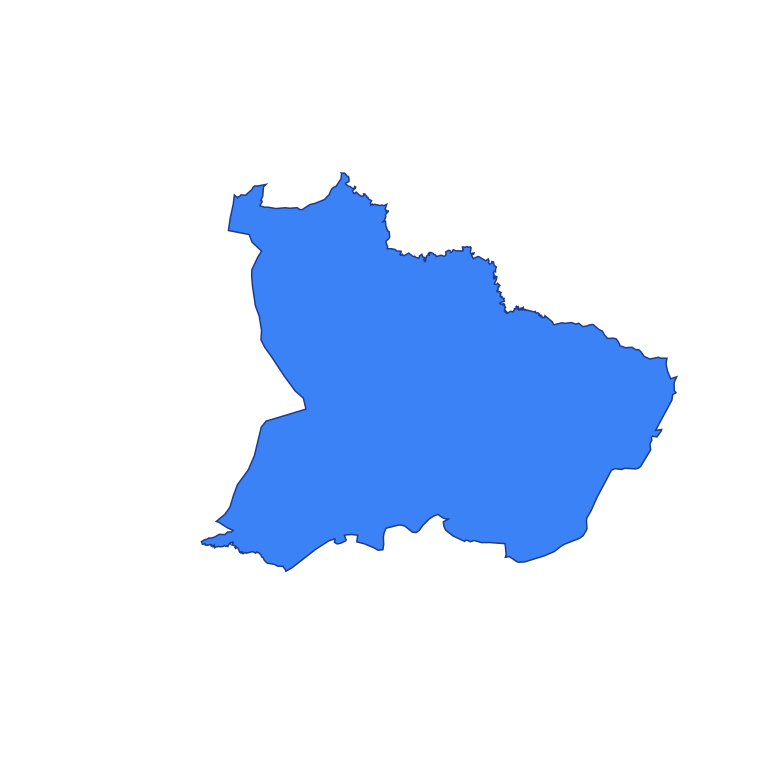 the district of Abuakwa South, Eastern, Ghana, rotated 233°
{"feature_id": "2480657B6434141016984", "entity_name": "Abuakwa South", "entity_type": "district", "adm_level": 2, "iso_a3": "GHA", "parent_name": "Ghana", "parent_adm1": "Eastern", "projection": "natural_earth1", "projection_center": [-0.472, 6.173], "detail": "fine", "context": "isolated", "style": "filled", "palette": "blue", "viewbox_px": 768, "rotation_deg": 233, "n_neighbors": 0, "source": "geoboundaries", "source_scale": "gbopen_adm2", "svg_char_len": 6171}
<svg xmlns="http://www.w3.org/2000/svg" viewBox="0 0 768 768"><g transform="rotate(233 384 384)"><path d="M213.6,622.1L215.7,616.1L223.9,618.3L230.6,621.5L234.3,625.5L237.9,620.7L240.3,619.1L243.9,611.4L249.5,608.3L255.5,608.6L257.9,608.1L260.3,605.5L264.0,604.2L267.7,598.7L272.7,595.3L273.7,596.0L277.2,596.5L280.6,596.5L282.9,594.3L285.8,590.0L290.5,589.6L294.9,590.2L298.0,588.5L305.2,586.9L306.3,586.1L307.9,582.7L307.9,581.5L310.2,577.3L315.3,576.1L316.5,573.1L320.2,570.8L323.4,565.3L325.9,562.7L329.0,555.5L330.1,555.2L332.0,555.9L340.9,553.8L340.2,553.5L341.3,552.9L340.6,552.1L341.9,550.3L343.1,550.9L343.4,550.0L344.5,550.8L345.1,550.2L345.0,549.2L345.7,549.0L346.5,550.1L348.3,549.7L349.2,548.1L350.9,548.5L351.0,547.4L356.8,542.9L356.9,542.1L358.2,541.9L358.1,541.1L359.0,541.0L359.4,540.2L361.4,541.4L361.5,540.3L360.6,539.5L361.9,539.4L362.4,538.3L360.9,538.1L361.9,536.8L361.9,536.0L362.7,536.0L363.2,536.8L363.9,535.9L364.4,537.6L365.2,537.7L365.1,536.5L366.3,536.6L366.3,536.2L364.8,535.9L365.4,535.1L365.2,534.3L365.6,533.7L364.5,533.3L364.8,532.0L363.7,530.7L366.0,528.7L366.1,525.4L367.0,525.4L367.0,524.4L368.7,524.1L368.2,524.8L368.5,525.3L370.7,524.8L371.2,525.9L372.0,526.2L372.1,527.2L374.0,527.3L374.8,528.1L375.4,528.1L375.7,526.8L376.2,527.5L377.6,525.1L378.9,525.1L378.8,526.6L377.6,529.9L379.5,530.5L380.0,531.5L382.3,529.7L382.9,530.8L384.0,529.6L385.2,531.0L386.3,531.1L386.4,532.5L388.9,531.5L389.0,530.5L389.7,529.9L390.6,530.3L390.7,531.9L391.9,532.5L392.0,533.5L392.7,533.5L392.8,535.8L396.1,535.3L395.6,533.8L397.5,532.2L399.6,536.4L401.6,538.6L403.2,537.9L401.9,536.9L401.6,535.4L402.0,535.0L403.2,535.5L402.9,536.3L404.9,536.9L405.4,538.0L406.8,538.1L407.6,539.6L406.4,540.5L408.4,542.0L409.9,544.2L412.5,543.3L415.7,544.9L416.9,543.8L415.7,542.9L416.1,540.6L418.1,540.5L418.9,541.8L421.1,542.5L421.3,539.3L428.6,536.4L429.4,535.5L430.3,530.8L434.6,531.6L433.7,533.7L434.5,534.8L435.2,533.7L435.1,532.1L435.6,531.9L437.4,532.3L440.3,535.5L441.6,535.5L442.4,533.7L443.9,533.0L444.2,531.5L446.3,529.1L444.4,528.1L444.0,528.5L442.8,527.1L447.0,521.6L449.4,520.3L449.5,519.4L448.5,517.9L449.0,516.3L450.8,517.0L452.0,516.0L452.3,512.8L450.1,511.5L449.5,510.0L449.9,508.8L452.5,507.1L454.3,502.4L456.0,502.9L457.6,501.7L458.5,501.9L460.8,500.6L461.7,499.3L461.3,497.7L460.8,497.5L460.4,498.8L459.6,497.6L460.7,496.2L460.1,494.3L456.9,490.8L457.6,490.0L458.4,490.8L459.4,490.7L460.4,492.6L462.2,491.5L464.8,492.3L464.9,489.4L463.8,488.3L463.9,487.1L466.0,485.6L467.5,485.4L468.2,484.0L473.7,482.5L474.2,477.7L475.9,476.2L476.7,476.6L477.0,474.8L477.8,474.6L479.2,477.3L479.9,477.5L482.4,474.3L484.9,473.7L487.6,471.3L490.1,468.0L491.6,469.6L496.1,470.9L497.1,472.1L496.9,474.4L497.9,477.0L502.5,479.8L504.3,479.0L505.2,479.7L506.5,479.6L507.5,480.4L508.6,480.3L513.1,483.1L514.2,480.9L514.5,483.0L516.3,485.9L518.3,487.1L519.2,491.2L519.6,491.5L520.5,489.6L521.1,490.5L522.9,490.0L525.9,494.3L526.4,491.3L528.3,489.9L528.9,488.3L533.3,484.5L533.5,483.1L534.5,483.1L534.8,481.0L535.9,481.9L536.7,481.8L537.9,484.4L541.3,482.9L542.6,483.5L543.6,482.6L544.7,483.3L545.8,482.6L547.2,483.1L548.1,482.2L547.1,481.7L546.7,479.6L549.6,478.0L554.0,477.3L554.1,476.0L553.6,475.1L554.1,474.5L557.3,475.0L557.5,478.9L558.3,479.9L559.4,479.4L558.0,478.2L559.5,476.3L562.1,475.8L563.4,474.7L566.9,473.7L567.6,474.3L566.7,477.7L568.0,479.0L571.1,480.5L571.9,479.7L576.2,479.4L578.2,476.8L577.5,476.8L573.7,473.1L570.7,464.6L571.4,461.9L571.1,459.2L568.1,453.8L567.2,447.2L569.7,437.9L571.9,432.7L572.5,423.4L574.0,421.8L577.1,420.7L581.0,414.6L584.2,411.2L589.2,403.2L594.7,398.1L597.2,394.9L601.2,392.1L602.9,396.4L603.9,396.7L604.8,396.1L606.9,400.1L614.0,406.4L614.4,409.9L618.3,402.0L620.0,399.9L619.9,397.7L618.8,395.6L618.1,387.1L621.1,383.6L620.7,381.7L621.4,379.5L621.0,379.1L625.0,378.2L618.2,371.7L609.2,361.2L600.2,352.1L584.5,366.3L576.7,364.0L563.8,366.2L561.2,359.4L554.8,347.3L550.2,343.5L540.5,337.4L523.7,328.3L513.3,325.2L500.4,318.4L493.3,312.3L484.8,310.8L475.1,310.7L450.5,309.1L431.6,308.9L421.3,311.1L410.9,306.6L425.3,267.5L423.4,260.0L404.7,237.3L397.0,223.7L391.8,206.3L386.0,197.3L378.3,186.7L375.7,178.4L375.2,167.3L372.9,168.9L363.1,172.5L357.9,175.4L357.8,172.9L359.9,170.1L359.5,166.3L363.0,162.1L363.7,156.6L365.0,153.1L366.4,151.6L366.5,149.2L367.5,147.3L368.0,143.3L365.2,142.5L364.1,144.9L362.9,144.3L362.1,145.6L361.6,145.6L360.5,148.4L359.7,148.6L359.9,149.3L358.8,149.6L358.3,148.8L357.9,149.9L357.1,149.6L357.4,151.4L356.1,150.3L355.0,150.2L355.1,151.9L354.3,152.7L353.7,154.5L352.8,154.9L351.1,157.5L351.2,159.3L349.8,159.6L349.3,160.2L349.4,161.1L348.2,161.5L349.7,164.7L348.7,165.1L349.5,166.0L348.7,168.2L348.0,168.2L347.0,165.7L344.0,167.9L343.3,167.5L343.3,166.6L341.9,166.6L342.4,167.8L341.8,167.7L341.1,168.7L336.5,167.5L336.2,168.6L335.4,168.1L335.0,169.8L334.1,168.8L333.2,169.5L333.0,171.8L331.8,172.1L329.2,178.2L326.2,179.7L326.6,181.0L325.7,181.2L325.3,182.2L321.5,182.9L319.6,182.2L317.9,183.0L315.2,182.3L311.1,183.0L306.1,187.8L302.3,189.6L299.2,193.5L295.0,193.5L293.5,193.0L292.6,199.7L293.1,230.1L292.0,245.2L290.0,251.5L289.5,251.6L287.4,249.1L284.5,250.3L282.9,253.5L281.8,259.1L282.3,259.9L287.0,261.4L286.7,262.2L283.4,267.4L279.1,272.0L274.3,267.3L268.4,272.0L259.6,277.2L254.7,279.3L252.3,283.4L256.2,287.3L262.2,291.4L265.1,294.6L267.6,298.8L262.6,310.7L261.4,312.4L258.1,315.1L248.6,317.5L246.0,320.3L245.9,324.0L247.7,329.8L249.0,338.6L248.6,344.3L247.4,348.6L242.2,350.2L239.6,351.8L237.4,354.0L238.3,348.4L234.5,346.3L230.2,345.3L221.3,347.6L209.7,353.7L210.1,355.2L209.0,356.5L206.1,358.0L204.7,361.9L198.6,366.5L193.7,373.1L183.6,384.6L174.4,379.0L172.6,376.6L170.8,380.2L162.3,383.1L160.7,384.2L157.3,389.2L150.3,408.6L147.7,419.2L147.9,427.5L147.4,431.8L143.1,447.3L143.0,451.7L145.2,457.2L146.4,459.1L153.2,463.6L154.9,465.3L158.3,473.4L165.4,486.2L178.2,513.7L177.6,517.2L172.9,522.2L171.7,525.7L164.8,533.8L163.7,536.4L163.8,539.6L170.9,557.3L176.1,560.4L178.0,564.1L180.6,565.6L180.7,567.0L177.5,570.1L179.6,576.9L180.6,578.4L183.5,573.0L197.9,604.3L201.8,608.1L201.3,612.0L204.2,611.9L210.6,616.6L213.6,622.1Z" fill="#3b82f6" stroke="#1e3a8a" stroke-width="1.5"/></g></svg>